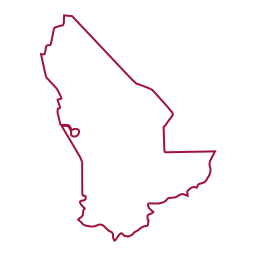 the Province of Mary
{"feature_id": "TKM-360", "entity_name": "Mary", "entity_type": "Province", "adm_level": 1, "iso_a3": "TKM", "parent_name": "Turkmenistan", "parent_adm1": "", "projection": "orthographic", "projection_center": [62.192, 37.327], "detail": "fine", "context": "isolated", "style": "outline", "palette": "rose", "viewbox_px": 256, "rotation_deg": 0, "n_neighbors": 0, "source": "natural_earth", "source_scale": "10m", "svg_char_len": 3507}
<svg xmlns="http://www.w3.org/2000/svg" viewBox="0 0 256 256"><path d="M215.0,151.3L210.8,159.5L210.1,161.2L209.6,163.2L209.5,164.3L209.6,165.3L209.8,166.4L210.4,168.3L210.6,169.4L210.4,171.4L210.0,173.4L209.3,175.1L206.2,180.3L205.4,181.3L204.0,182.5L202.6,183.0L199.6,183.8L198.8,184.1L198.2,184.6L197.7,185.2L197.1,187.3L196.7,187.7L196.2,187.5L195.5,187.3L193.8,187.0L192.2,187.3L190.8,188.1L188.1,190.3L187.6,190.9L187.2,191.8L187.3,192.7L187.7,195.1L187.7,195.8L183.7,194.3L182.5,194.0L181.9,194.2L181.2,194.3L180.0,194.7L176.1,197.1L174.4,197.5L169.3,197.9L168.4,198.1L167.7,198.6L167.1,199.2L166.1,200.5L165.5,201.1L162.2,202.7L158.5,203.5L149.5,203.4L148.6,203.6L148.0,204.3L147.8,205.2L148.1,205.9L148.5,206.5L148.7,207.4L149.0,208.1L151.1,210.0L151.7,210.8L152.0,211.0L153.1,211.4L153.3,211.7L153.2,212.0L153.0,212.5L151.8,213.4L148.7,214.5L147.6,215.6L147.5,216.3L147.6,219.0L147.8,219.6L148.5,220.2L148.6,220.7L148.2,222.3L148.0,224.3L147.8,225.2L147.2,225.8L146.4,226.0L144.7,226.2L143.8,226.4L141.0,227.8L137.2,230.8L134.4,232.2L133.3,233.4L132.8,234.1L132.3,234.6L131.6,235.0L128.6,236.4L127.9,236.6L127.5,236.5L126.3,236.0L125.8,236.0L125.4,236.1L125.0,236.2L124.5,235.9L121.8,233.4L120.6,233.4L119.3,234.7L115.2,240.3L114.5,240.6L114.1,240.1L113.3,238.2L113.0,237.5L113.1,235.4L113.0,234.5L112.7,233.6L112.3,232.8L111.7,232.1L109.4,231.1L108.2,230.3L103.9,226.1L102.8,225.3L101.6,224.7L99.1,224.6L94.1,226.4L91.6,226.6L85.9,225.7L83.2,224.5L81.3,222.4L78.5,219.8L78.2,219.7L78.6,219.2L79.1,218.6L79.5,218.2L80.9,217.3L81.3,217.0L82.6,215.5L82.8,215.0L82.9,214.3L83.3,210.5L83.4,210.2L83.5,209.9L83.8,209.5L84.7,208.7L84.8,208.5L84.8,208.3L84.6,208.1L84.4,207.9L83.8,207.5L82.1,205.6L81.6,205.1L80.9,204.3L80.7,203.9L80.0,202.6L80.0,202.2L80.0,201.9L80.3,201.3L80.6,201.0L80.9,200.8L81.7,200.6L83.0,200.7L83.5,200.5L83.8,200.4L84.0,200.3L84.1,200.1L84.5,199.8L84.8,199.8L85.0,199.7L85.3,199.3L85.5,199.2L85.7,198.8L85.6,196.3L85.3,195.9L83.5,195.8L83.0,195.5L82.5,195.2L82.3,192.6L82.2,177.2L82.2,162.2L80.3,157.5L70.9,141.4L69.4,139.0L62.0,126.5L61.9,126.2L62.2,126.0L62.5,126.0L64.3,125.9L65.2,125.8L65.8,125.8L67.6,126.1L67.9,126.2L68.2,126.4L69.0,127.2L69.5,128.0L70.4,129.8L70.9,131.0L71.1,132.2L71.1,134.7L71.3,135.1L71.8,135.6L72.2,136.0L72.6,136.2L72.9,136.3L73.4,136.5L74.1,136.5L74.7,136.5L75.2,136.5L76.3,136.1L77.3,135.5L77.5,135.3L78.1,134.5L78.5,133.9L78.8,133.0L78.9,132.5L79.0,132.2L79.0,131.5L78.9,130.9L78.8,130.6L78.7,130.4L78.5,130.0L78.3,129.8L78.1,129.6L77.5,129.3L75.7,128.9L74.5,128.9L74.2,129.0L73.0,129.5L72.4,129.7L72.0,130.0L71.8,130.1L71.7,130.0L69.7,126.2L69.3,125.7L69.1,125.5L68.8,125.4L68.6,125.3L68.0,125.1L64.3,124.9L63.5,125.0L62.6,124.9L61.8,125.0L61.3,124.9L60.8,124.8L60.5,124.7L60.4,124.5L57.6,112.8L57.6,110.1L58.0,108.6L58.8,108.6L59.5,108.3L60.0,107.7L59.7,106.2L57.7,100.4L57.6,99.8L57.9,99.5L58.6,99.3L60.3,99.1L61.0,98.8L61.4,98.3L61.1,97.2L57.9,90.6L56.4,88.2L46.4,77.5L45.6,75.1L41.0,54.1L43.2,54.4L43.8,54.3L44.5,54.1L44.8,53.2L45.1,52.4L46.0,47.1L46.2,46.3L46.6,45.7L47.3,45.4L49.8,45.1L50.5,44.7L50.9,43.8L51.1,43.0L53.9,28.9L55.2,27.3L60.3,25.8L62.9,25.3L63.3,24.2L63.8,23.4L64.1,15.4L72.0,16.1L73.4,17.5L79.4,23.9L86.9,31.8L119.7,66.6L132.7,80.3L136.3,83.5L140.5,85.0L149.8,88.6L152.6,90.2L166.8,106.0L172.4,112.7L172.9,114.9L167.5,122.2L165.9,124.7L165.2,125.5L163.6,126.9L164.4,150.7L164.8,152.0L165.9,152.3L175.7,152.1L185.5,151.9L197.0,151.7L205.4,151.6L214.9,151.3L215.0,151.3Z" fill="none" stroke="#9f1239" stroke-width="2"/></svg>